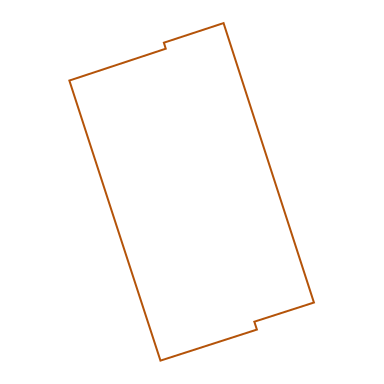 the district of Cavalier, North Dakota, United States of America, rotated 252°
{"feature_id": "52423323B74139134626604", "entity_name": "Cavalier", "entity_type": "district", "adm_level": 2, "iso_a3": "USA", "parent_name": "United States of America", "parent_adm1": "North Dakota", "projection": "equal_earth", "projection_center": [-98.452, 48.772], "detail": "fine", "context": "isolated", "style": "outline", "palette": "amber", "viewbox_px": 384, "rotation_deg": 252, "n_neighbors": 0, "source": "geoboundaries", "source_scale": "gbopen_adm2", "svg_char_len": 305}
<svg xmlns="http://www.w3.org/2000/svg" viewBox="0 0 384 384"><g transform="rotate(252 192 192)"><path d="M49.2,273.8L232.8,274.0L342.9,274.2L342.7,211.4L336.4,211.3L335.9,109.8L335.6,109.8L184.8,109.8L41.4,109.9L41.1,211.2L49.4,211.2L49.2,273.8Z" fill="none" stroke="#b45309" stroke-width="2"/></g></svg>